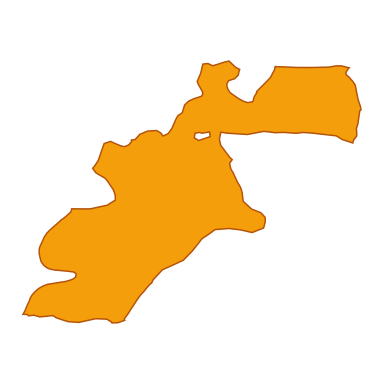 the district of Az Zaydiah, Al Hudaydah, Yemen
{"feature_id": "15242507B8611350311836", "entity_name": "Az Zaydiah", "entity_type": "district", "adm_level": 2, "iso_a3": "YEM", "parent_name": "Yemen", "parent_adm1": "Al Hudaydah", "projection": "albers", "projection_center": [43.054, 15.3], "detail": "fine", "context": "isolated", "style": "filled", "palette": "amber", "viewbox_px": 384, "rotation_deg": 0, "n_neighbors": 0, "source": "geoboundaries", "source_scale": "gbopen_adm2", "svg_char_len": 4626}
<svg xmlns="http://www.w3.org/2000/svg" viewBox="0 0 384 384"><path d="M140.7,134.0L140.4,134.1L139.8,134.3L136.9,137.6L135.2,139.5L133.1,139.8L132.5,139.9L131.9,140.0L131.4,140.0L131.5,141.7L128.6,145.0L124.9,146.5L123.9,146.6L122.0,146.2L120.4,145.7L116.7,144.2L110.5,141.4L104.3,143.5L104.2,143.5L103.4,145.6L102.5,148.2L102.1,149.3L101.6,150.7L101.5,151.1L100.9,152.7L99.0,158.4L98.9,158.5L98.2,160.5L97.4,161.9L97.1,162.3L96.0,163.9L94.7,165.9L93.3,167.6L92.6,168.4L96.0,172.9L104.6,178.0L104.9,178.1L106.8,180.1L111.2,186.6L113.2,189.6L113.5,190.0L113.7,190.7L113.9,191.2L115.0,194.7L115.3,195.7L115.3,200.1L111.0,202.8L107.2,205.2L98.5,207.1L90.1,208.9L81.5,208.9L79.0,208.9L73.1,208.8L71.7,208.8L71.4,210.4L70.7,212.1L68.4,214.2L66.2,216.2L63.5,218.4L61.4,219.8L57.1,223.7L54.1,226.3L52.6,227.7L49.6,230.3L46.9,233.1L45.7,234.9L44.3,237.0L43.7,238.4L43.3,239.3L42.8,240.3L39.9,246.7L39.2,249.1L39.2,253.7L39.9,257.0L41.1,261.5L43.5,265.0L45.6,266.8L47.3,268.0L49.7,269.0L52.7,269.6L55.4,270.2L57.5,270.2L60.0,270.5L67.3,271.2L73.6,272.0L76.1,273.7L76.1,275.0L75.6,277.1L72.7,279.3L66.0,281.4L59.6,282.4L47.3,284.4L43.2,286.0L39.0,288.3L34.9,291.8L32.4,294.6L30.7,297.2L28.8,302.1L28.0,303.6L27.0,305.8L26.0,308.3L25.3,310.0L25.0,310.7L23.0,314.4L27.0,314.4L28.5,315.8L34.0,315.2L39.4,316.8L39.5,316.9L46.2,316.3L52.4,315.6L54.7,316.5L55.7,317.6L63.7,320.3L68.4,321.7L79.1,322.4L83.0,321.5L95.7,318.7L107.1,319.2L108.6,320.4L110.7,321.4L112.0,323.0L115.1,322.8L118.2,322.7L121.4,321.5L123.3,320.8L124.8,320.3L124.6,319.8L124.4,318.6L124.6,318.4L126.6,315.8L127.5,314.5L128.0,313.8L129.6,311.3L130.7,309.5L131.9,307.7L133.1,305.9L134.3,304.1L136.6,300.6L138.2,298.2L140.0,295.8L141.8,293.6L143.3,292.2L145.3,289.8L146.5,288.1L146.8,287.9L147.9,286.6L148.2,286.3L150.0,284.2L150.7,283.7L151.5,283.3L153.0,280.1L153.2,279.7L154.7,278.1L162.4,269.8L166.1,268.1L170.8,266.0L172.8,265.1L180.6,261.5L183.3,260.3L185.8,257.7L186.0,257.5L188.1,255.3L190.7,252.7L192.5,250.8L192.8,250.4L194.8,247.9L197.1,245.0L200.2,241.0L202.1,238.6L202.9,238.1L204.2,237.2L206.3,235.9L208.6,234.3L212.5,231.5L215.1,229.6L229.0,228.5L232.0,228.9L240.2,229.8L242.8,230.4L248.5,231.7L250.2,232.1L252.3,232.5L263.6,228.0L263.6,227.8L264.0,226.7L264.1,226.2L265.2,222.1L265.2,221.3L265.2,217.5L264.9,217.1L261.0,212.8L258.3,211.7L251.6,209.1L243.2,201.3L242.9,198.9L242.7,197.5L242.2,192.8L240.7,187.7L239.0,184.7L237.2,181.6L237.0,181.2L234.4,175.5L233.8,174.1L233.6,173.7L233.5,173.4L230.9,169.0L230.0,165.3L229.7,163.1L232.2,159.7L231.0,158.5L229.9,157.5L220.7,145.3L220.6,144.8L219.7,140.8L219.4,139.2L220.0,136.2L220.8,132.2L226.3,133.1L230.7,133.4L247.3,134.5L250.4,133.9L253.0,133.4L259.4,132.2L263.9,131.4L265.2,131.5L267.3,131.8L269.7,132.0L270.6,132.1L273.5,132.5L275.1,132.7L283.5,132.4L296.3,133.3L303.6,132.4L303.8,132.5L313.3,133.2L319.0,133.9L328.1,134.9L329.6,135.1L336.1,135.8L342.2,139.5L348.6,141.6L352.8,143.0L353.6,140.0L356.6,136.2L356.8,134.0L356.4,128.5L357.9,123.9L358.0,122.8L359.8,110.8L361.0,109.9L360.6,107.5L360.6,107.3L360.5,106.6L359.2,103.0L358.0,99.2L357.9,98.7L356.3,90.7L356.1,89.5L355.3,85.3L354.4,83.7L352.5,81.1L350.9,79.3L349.0,77.1L346.8,75.2L345.9,74.3L345.9,73.3L345.9,72.7L347.1,70.4L348.2,68.9L349.2,67.8L347.1,67.3L341.1,65.8L338.0,66.0L337.6,65.7L332.9,66.4L329.4,67.1L312.7,67.5L298.6,67.5L292.5,67.3L284.3,66.9L283.1,66.9L276.9,66.7L275.1,66.6L274.6,69.5L271.3,75.9L270.3,77.7L265.4,82.7L261.0,87.2L260.9,87.2L257.7,90.5L256.6,91.6L256.6,93.0L256.0,93.9L255.7,94.3L255.3,94.9L254.3,96.7L253.5,99.1L253.4,99.5L253.3,100.4L253.2,101.1L252.2,101.9L247.7,102.6L243.5,101.3L237.8,98.1L230.0,92.6L227.6,88.7L226.9,85.8L226.9,83.8L227.2,83.2L228.6,80.7L230.3,80.1L232.8,79.3L234.6,78.8L235.6,77.8L237.4,76.0L238.3,75.0L238.9,71.8L239.4,70.2L239.7,69.4L235.9,67.5L231.2,63.2L231.0,62.9L228.9,61.0L227.2,61.5L224.6,62.1L223.8,62.3L223.3,62.5L222.3,62.8L220.6,63.3L220.1,63.5L219.5,63.7L217.0,64.5L214.3,65.3L213.4,65.6L212.7,65.8L208.0,63.5L206.1,63.7L202.9,64.1L201.7,68.9L200.7,73.3L199.1,77.0L197.2,81.5L198.2,84.1L198.8,85.2L202.1,91.1L202.5,91.8L202.8,94.0L202.4,94.7L201.5,96.2L200.8,96.5L195.5,98.2L195.0,98.3L194.7,98.4L193.6,98.9L188.7,101.1L186.5,103.2L185.8,103.8L184.7,104.9L183.4,109.0L182.2,112.8L178.1,115.5L176.8,117.6L176.0,119.0L171.9,128.4L169.6,131.6L168.5,133.1L168.2,133.6L167.3,134.0L166.6,134.4L163.1,136.0L160.6,132.8L158.4,131.6L156.7,130.5L154.5,130.7L148.4,131.0L147.7,131.0L144.2,132.5L140.7,134.0ZM209.6,132.0L209.8,133.8L210.3,136.6L198.6,140.5L194.3,137.8L195.0,133.3L195.1,133.2L199.8,132.4L201.8,133.2L209.6,132.0Z" fill="#f59e0b" stroke="#b45309" stroke-width="1.5"/></svg>